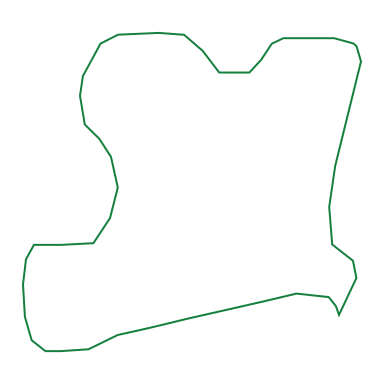 the border of Aberdeen
{"feature_id": "GBR-2012", "entity_name": "Aberdeen", "entity_type": "Unitary District (city)", "adm_level": 1, "iso_a3": "GBR", "parent_name": "United Kingdom", "parent_adm1": "", "projection": "albers", "projection_center": [-2.195, 57.162], "detail": "fine", "context": "isolated", "style": "outline", "palette": "green", "viewbox_px": 384, "rotation_deg": 0, "n_neighbors": 0, "source": "natural_earth", "source_scale": "10m", "svg_char_len": 691}
<svg xmlns="http://www.w3.org/2000/svg" viewBox="0 0 384 384"><path d="M361.0,61.5L335.2,165.9L329.2,207.0L332.2,244.5L353.0,260.8L356.4,278.0L339.0,314.9L335.9,306.1L328.7,297.1L296.4,293.6L266.2,300.8L218.3,311.7L187.0,318.8L149.9,327.8L117.7,335.0L88.4,349.3L61.0,351.1L45.4,351.1L31.7,340.3L24.9,316.8L23.0,284.4L26.0,259.3L33.9,244.9L60.2,244.9L93.4,243.2L110.0,218.1L117.8,187.5L111.0,156.9L99.4,138.9L84.8,124.5L80.0,95.8L82.9,76.0L89.8,63.4L100.5,43.6L118.0,34.7L158.9,32.9L184.1,34.8L202.7,50.9L219.2,72.5L234.8,72.5L249.4,72.5L261.1,59.9L271.8,43.7L283.4,38.2L298.0,38.2L310.7,38.2L334.1,38.2L353.5,43.5L356.6,46.4L361.0,61.5Z" fill="none" stroke="#15803d" stroke-width="2"/></svg>